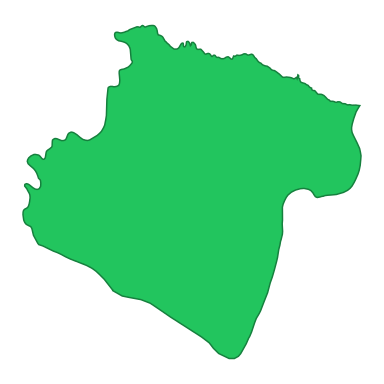 outline of La Virginia, Risaralda, Colombia
{"feature_id": "7082276B71281345129005", "entity_name": "La Virginia", "entity_type": "district", "adm_level": 2, "iso_a3": "COL", "parent_name": "Colombia", "parent_adm1": "Risaralda", "projection": "natural_earth1", "projection_center": [-75.853, 4.903], "detail": "fine", "context": "isolated", "style": "filled", "palette": "green", "viewbox_px": 384, "rotation_deg": 0, "n_neighbors": 0, "source": "geoboundaries", "source_scale": "gbopen_adm2", "svg_char_len": 5713}
<svg xmlns="http://www.w3.org/2000/svg" viewBox="0 0 384 384"><path d="M125.9,31.5L124.4,32.2L121.0,33.0L119.4,32.8L117.9,32.3L116.0,32.3L115.0,33.0L114.6,34.3L114.7,35.9L115.2,37.7L115.8,38.7L117.0,39.8L118.7,40.8L121.0,41.2L123.2,41.8L125.5,42.7L127.3,44.0L128.9,45.9L129.9,48.1L130.3,49.5L131.1,59.1L131.4,60.0L132.2,61.1L132.3,61.7L132.3,62.3L131.9,63.2L129.9,65.6L128.2,67.1L124.7,68.7L123.6,69.1L121.7,69.4L120.5,69.8L119.7,70.3L119.4,70.8L119.2,71.7L119.2,73.5L119.5,76.7L119.8,80.4L119.6,82.6L119.3,84.1L118.8,85.1L118.1,85.7L116.9,86.3L115.5,86.6L114.0,86.8L112.1,86.4L110.5,86.4L109.3,86.8L108.3,87.5L108.0,88.5L106.9,99.2L106.4,115.6L105.8,119.4L104.7,125.1L103.6,127.6L101.5,131.3L99.6,133.3L97.1,135.5L89.6,140.0L87.5,140.5L85.4,140.2L82.8,139.4L79.9,137.3L76.9,134.7L73.7,132.7L72.4,132.3L71.1,132.1L70.0,132.6L68.7,133.3L67.9,134.4L66.1,138.9L65.2,139.9L64.2,140.4L63.0,140.6L61.5,140.6L56.8,138.7L55.0,138.5L53.5,139.2L52.5,140.1L52.3,141.6L52.1,146.1L51.7,147.1L49.7,148.8L47.7,150.1L46.5,151.3L46.1,152.7L45.4,157.2L44.9,158.4L44.1,159.2L43.1,159.3L42.0,158.6L39.8,156.0L38.7,155.1L35.2,154.4L33.9,154.5L30.8,156.0L28.7,157.9L27.6,159.9L27.3,161.5L28.1,163.7L30.2,165.7L33.6,168.6L35.3,170.7L36.7,173.1L38.0,176.5L38.5,178.2L40.3,180.0L40.6,181.4L40.8,183.4L40.7,185.1L40.7,186.0L40.4,186.8L39.4,188.4L39.0,188.8L38.2,189.2L37.3,189.4L36.3,189.3L35.0,189.0L32.9,187.7L29.8,185.2L28.5,184.3L27.4,183.9L26.6,183.7L25.9,183.9L25.0,184.3L24.8,184.6L24.7,185.3L24.7,186.1L26.9,188.9L27.4,190.0L29.4,193.6L29.9,195.2L30.1,197.8L29.6,201.6L29.2,203.8L28.3,206.5L27.4,207.6L26.3,208.4L25.3,208.8L24.1,209.7L23.4,210.8L23.1,212.2L23.0,214.7L23.5,218.5L23.7,219.9L24.3,221.5L24.9,222.7L26.2,224.3L29.0,225.8L30.6,226.5L31.3,227.5L31.8,228.4L32.2,229.8L32.5,231.2L33.5,235.4L37.8,243.3L38.8,244.6L42.7,245.9L53.4,251.1L57.4,252.6L60.8,254.2L65.6,256.8L70.5,259.1L86.3,265.3L91.5,268.0L93.3,269.2L96.0,271.2L99.3,274.3L104.2,279.2L112.3,289.6L112.8,290.0L112.7,290.6L122.2,296.0L129.0,297.4L140.9,299.6L150.2,303.2L157.5,308.1L170.6,317.1L201.6,337.0L209.3,342.9L213.5,348.4L218.7,353.5L229.1,358.5L234.4,358.5L238.4,356.3L240.7,353.6L246.2,343.8L248.8,337.8L249.5,336.8L251.5,332.2L254.6,322.8L256.3,318.4L259.2,313.5L260.6,310.7L264.2,301.3L267.6,292.7L270.2,282.9L272.3,277.0L274.3,270.1L276.5,261.8L277.5,257.6L278.7,249.8L279.9,245.1L280.5,241.5L281.1,239.6L282.4,234.2L282.6,231.3L282.2,223.8L282.5,220.2L282.4,207.2L283.1,204.2L284.7,200.4L286.3,197.3L288.0,195.0L291.3,192.2L295.6,190.0L300.4,188.7L304.0,188.4L308.4,189.3L310.8,190.5L312.8,192.7L314.1,194.9L315.4,196.7L317.2,197.5L319.9,197.0L321.8,196.4L323.4,196.2L324.9,195.6L327.9,195.2L330.9,195.0L336.3,194.5L343.5,192.4L347.6,190.3L350.0,188.4L352.0,186.1L354.1,182.5L355.6,179.5L358.0,174.0L359.2,170.3L360.2,165.3L360.7,160.0L361.0,155.8L360.4,152.1L359.6,148.5L356.9,142.5L353.5,135.7L352.1,132.5L351.6,129.6L351.6,127.5L352.2,124.1L353.8,118.4L356.1,111.9L357.9,108.7L359.8,105.6L357.1,105.3L356.0,105.1L352.5,105.2L351.6,105.1L349.7,104.7L349.1,104.7L348.2,104.9L347.2,104.8L345.3,103.8L344.9,103.7L342.6,103.6L341.6,103.1L340.5,102.2L339.8,101.9L338.5,101.8L337.7,101.8L336.9,102.2L336.3,102.3L335.0,102.1L334.1,101.6L332.9,101.3L330.4,101.3L329.3,100.1L327.8,99.4L327.4,99.1L325.6,97.1L323.9,95.5L321.9,94.5L321.1,94.3L318.6,94.3L318.1,94.2L317.6,94.0L315.2,91.1L314.6,90.6L313.2,90.5L312.2,90.0L311.9,89.7L311.7,89.1L311.6,88.1L310.1,87.5L309.2,86.8L308.3,85.6L307.7,85.1L306.9,84.9L306.3,84.6L305.5,83.9L304.8,83.5L301.8,82.6L301.0,82.2L300.6,81.8L299.9,80.4L299.7,78.7L299.2,78.3L297.9,77.6L297.9,77.2L298.1,76.6L298.3,76.6L298.6,76.6L298.7,76.2L298.4,76.1L298.5,75.3L298.2,75.1L297.9,74.9L297.6,76.9L297.1,78.6L296.6,77.3L296.4,77.4L296.4,77.5L295.4,78.1L294.6,78.6L293.9,78.8L293.2,78.6L292.4,78.2L291.2,77.7L289.8,77.4L286.3,77.0L284.9,77.3L283.2,77.3L282.6,77.2L280.8,75.5L280.2,74.9L279.0,73.8L278.0,73.1L277.0,72.3L274.7,70.7L274.1,70.5L273.0,70.4L271.7,69.8L270.9,69.2L270.5,68.6L269.9,68.0L267.2,66.2L265.3,65.9L263.7,65.3L263.0,65.0L262.2,64.5L260.8,63.1L260.1,62.9L258.7,62.0L257.7,60.9L256.2,58.7L255.3,58.0L254.6,57.3L253.9,56.1L252.9,54.8L252.2,54.4L251.6,54.2L250.3,54.5L249.3,54.9L248.1,55.1L247.2,54.8L246.1,54.0L245.6,53.9L244.7,53.8L243.8,53.9L241.5,55.0L239.6,55.4L238.8,55.4L236.9,55.1L235.2,56.3L234.7,56.3L234.0,56.0L233.6,56.0L233.3,56.9L232.7,58.4L232.3,59.0L231.8,59.2L231.2,59.1L229.0,57.3L228.2,56.8L227.3,56.9L226.2,57.2L224.5,58.3L223.4,58.7L222.0,58.7L221.0,58.6L220.3,58.2L218.9,57.4L218.6,57.3L217.1,57.4L216.6,57.3L216.3,57.1L215.1,55.5L214.5,55.2L213.9,55.2L213.3,55.4L212.4,56.4L211.9,56.5L211.5,56.3L210.6,54.9L209.6,53.8L209.0,53.6L208.3,53.4L207.2,53.6L205.8,54.2L205.3,54.1L204.5,53.5L203.6,52.2L201.0,49.4L200.6,49.2L200.0,49.2L198.2,49.4L197.4,49.3L196.7,48.8L196.2,47.9L195.9,46.8L195.8,46.0L195.3,44.5L193.8,42.8L193.3,42.4L192.0,42.4L191.6,42.9L191.4,43.4L191.3,44.7L190.9,45.2L190.4,45.7L189.9,44.1L189.5,43.1L189.0,42.3L188.5,41.7L188.1,41.4L187.4,41.4L187.0,41.6L186.6,41.8L186.4,42.5L186.2,44.4L185.8,45.6L185.3,46.4L184.9,46.8L184.5,46.9L184.1,46.8L183.7,46.5L183.5,46.0L183.3,43.7L183.2,43.3L182.9,43.1L182.4,43.1L181.8,43.3L181.0,44.1L179.1,47.4L178.6,48.0L178.1,48.4L177.3,48.9L176.3,49.1L174.3,49.1L173.5,48.7L170.3,46.3L169.5,45.2L168.8,44.5L166.7,42.7L166.0,41.8L165.2,41.3L162.9,37.3L162.3,36.6L161.7,36.2L160.7,35.6L159.3,35.1L158.7,35.1L158.3,34.9L158.1,34.5L157.6,33.4L157.1,30.4L156.6,28.7L156.0,27.7L155.1,26.4L154.3,25.8L153.2,25.5L151.5,25.5L149.3,25.7L146.7,26.5L145.4,27.0L144.8,27.0L144.1,26.5L143.3,25.8L142.5,25.5L141.8,25.8L140.0,27.4L138.3,26.9L137.0,26.8L129.9,29.5L128.6,30.3L128.0,30.9L125.9,31.5Z" fill="#22c55e" stroke="#15803d" stroke-width="1.5"/></svg>